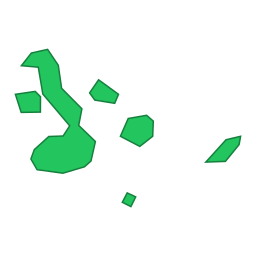 outline of Galápagos
{"feature_id": "ECU-1270", "entity_name": "Galápagos", "entity_type": "Province", "adm_level": 1, "iso_a3": "ECU", "parent_name": "Ecuador", "parent_adm1": "", "projection": "robinson", "projection_center": [-90.747, 0.131], "detail": "coarse", "context": "isolated", "style": "filled", "palette": "green", "viewbox_px": 256, "rotation_deg": 0, "n_neighbors": 0, "source": "natural_earth", "source_scale": "10m", "svg_char_len": 694}
<svg xmlns="http://www.w3.org/2000/svg" viewBox="0 0 256 256"><path d="M95.4,141.5L91.0,161.0L84.5,166.8L62.9,173.2L37.1,169.7L30.9,159.0L34.3,149.6L48.8,136.5L63.1,136.0L69.7,125.8L42.8,94.0L38.3,67.2L21.4,65.7L31.4,53.0L47.6,49.4L58.3,65.3L61.6,88.3L81.9,108.8L78.7,125.4L95.4,141.5ZM153.3,121.1L152.7,136.3L139.8,146.4L120.4,136.3L128.2,118.5L146.6,115.3L153.3,121.1ZM40.4,112.1L21.2,112.4L15.4,94.3L35.2,91.4L40.5,96.7L40.4,112.1ZM226.1,139.7L240.6,136.3L239.1,144.6L225.4,161.4L205.8,162.1L226.1,139.7ZM118.5,94.3L114.7,103.3L94.8,100.1L89.6,92.9L98.6,79.8L118.5,94.3ZM135.7,196.9L130.9,206.6L122.3,202.3L127.2,192.9L135.7,196.9Z" fill="#22c55e" stroke="#15803d" stroke-width="1.5"/></svg>